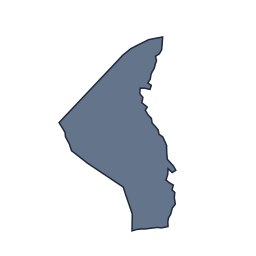 outline of Riachão, Paraíba, Brazil, rotated 287°
{"feature_id": "56859067B21557901062595", "entity_name": "Riachão", "entity_type": "district", "adm_level": 2, "iso_a3": "BRA", "parent_name": "Brazil", "parent_adm1": "Paraíba", "projection": "robinson", "projection_center": [-35.645, -6.541], "detail": "fine", "context": "isolated", "style": "filled", "palette": "slate", "viewbox_px": 256, "rotation_deg": 287, "n_neighbors": 0, "source": "geoboundaries", "source_scale": "gbopen_adm2", "svg_char_len": 988}
<svg xmlns="http://www.w3.org/2000/svg" viewBox="0 0 256 256"><g transform="rotate(287 128 128)"><path d="M69.1,195.5L74.8,192.7L80.0,191.6L81.7,188.2L86.7,188.0L87.8,183.3L89.4,179.5L95.1,179.6L100.8,178.2L98.3,183.3L101.5,186.1L104.9,182.6L106.9,179.2L109.6,174.7L116.4,172.0L122.6,170.0L126.5,166.6L129.6,163.9L131.1,159.5L134.9,157.4L137.5,153.6L139.7,149.7L144.1,147.5L146.1,143.7L150.0,139.3L153.6,140.3L156.2,133.9L161.6,133.3L164.3,129.2L169.6,128.0L170.9,132.0L171.3,137.8L175.6,137.8L176.9,133.7L180.9,135.0L186.7,134.3L192.6,135.6L197.4,135.5L201.0,135.5L204.6,133.3L208.0,136.2L212.4,137.3L217.6,136.3L225.2,134.5L218.6,122.0L210.3,113.2L204.7,107.5L195.9,101.6L189.5,98.5L113.0,60.5L105.5,69.0L101.3,70.8L95.5,76.6L89.8,80.6L82.7,99.0L70.1,140.7L64.5,144.6L47.1,157.2L30.8,161.9L33.5,166.0L35.2,169.9L36.7,174.5L39.1,179.7L41.4,185.0L42.3,189.3L45.5,195.1L49.9,193.5L53.8,193.0L57.9,194.0L64.4,193.8L69.1,195.5Z" fill="#64748b" stroke="#1e293b" stroke-width="1.5"/></g></svg>